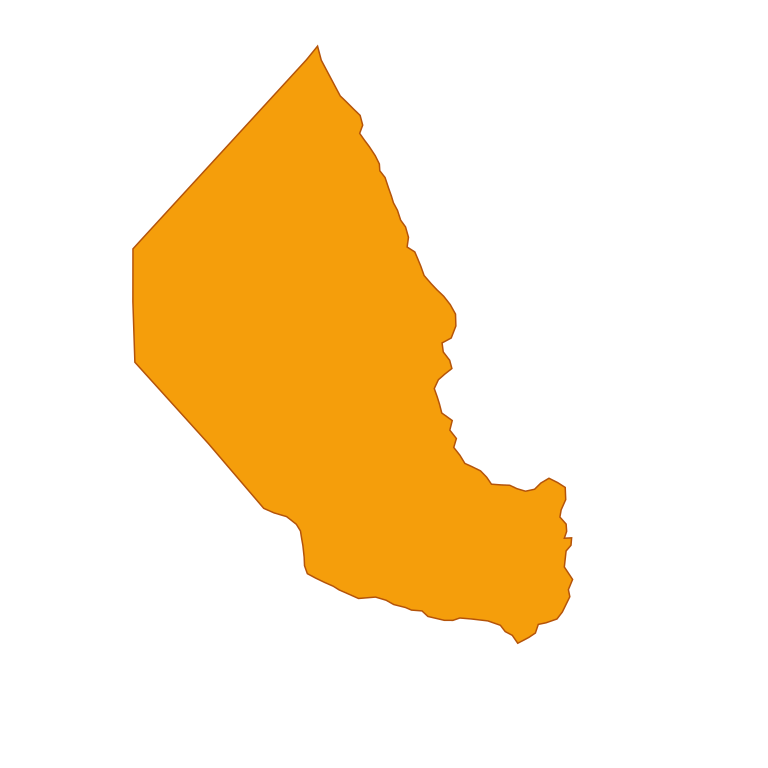 the district of Luzinópolis, Tocantins, Brazil, rotated 226°
{"feature_id": "56859067B89820520671314", "entity_name": "Luzinópolis", "entity_type": "district", "adm_level": 2, "iso_a3": "BRA", "parent_name": "Brazil", "parent_adm1": "Tocantins", "projection": "robinson", "projection_center": [-47.877, -6.217], "detail": "fine", "context": "isolated", "style": "filled", "palette": "amber", "viewbox_px": 768, "rotation_deg": 226, "n_neighbors": 0, "source": "geoboundaries", "source_scale": "gbopen_adm2", "svg_char_len": 1595}
<svg xmlns="http://www.w3.org/2000/svg" viewBox="0 0 768 768"><g transform="rotate(226 384 384)"><path d="M143.0,412.1L147.8,406.6L151.1,413.0L156.7,417.7L166.1,418.1L170.4,424.0L174.6,434.4L183.7,442.5L192.2,440.5L201.6,437.2L203.8,428.1L203.7,419.2L208.6,411.3L216.4,406.9L223.8,404.1L230.1,398.1L237.3,391.7L245.6,393.1L254.4,393.1L263.6,389.8L270.7,387.0L280.0,389.1L289.9,390.1L294.5,398.2L305.1,399.3L310.3,407.7L323.0,405.4L331.1,410.0L337.7,413.3L345.8,417.0L349.3,426.1L348.9,434.4L348.0,443.6L355.4,447.7L365.9,448.9L373.2,454.3L370.4,464.3L375.8,476.0L384.6,484.0L395.1,486.8L405.7,487.9L415.1,487.5L423.5,487.6L434.2,488.2L443.2,492.3L450.3,495.1L457.6,497.9L466.5,495.8L472.5,503.5L482.0,508.6L490.3,509.8L499.5,514.3L507.9,516.7L513.9,519.8L522.0,523.5L531.8,528.2L540.3,529.1L545.5,533.5L554.3,536.3L564.9,538.3L573.6,539.4L581.2,540.6L585.0,548.5L593.8,553.4L603.0,553.1L614.1,552.9L621.6,552.6L660.5,563.8L673.2,570.9L671.1,553.4L656.3,307.9L655.6,297.3L617.6,260.5L572.7,219.9L463.4,216.3L378.1,211.1L367.6,215.4L356.3,221.8L344.0,223.5L336.3,221.8L330.0,217.4L324.1,213.4L314.8,206.2L308.5,200.6L300.8,197.1L292.1,199.9L282.6,203.4L273.8,207.0L267.0,208.7L247.4,216.7L236.6,229.9L227.0,235.3L218.6,237.8L208.3,244.2L202.3,246.7L194.4,253.7L186.3,254.1L172.0,263.3L166.1,269.4L163.0,276.0L154.2,283.7L141.5,294.1L129.6,300.1L121.7,299.2L114.1,301.7L104.6,300.1L101.1,312.1L99.7,319.9L103.9,328.0L99.7,334.6L94.8,345.2L96.1,353.9L101.9,369.9L108.0,373.8L112.4,383.9L127.1,386.6L137.4,399.0L138.1,406.5L143.0,412.1Z" fill="#f59e0b" stroke="#b45309" stroke-width="1.5"/></g></svg>